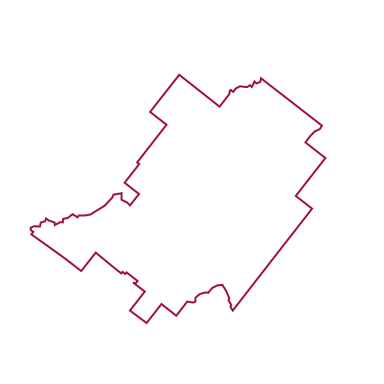 Cascade, Montana, United States of America (Natural Earth projection), rotated 128°
{"feature_id": "52423323B67185663060942", "entity_name": "Cascade", "entity_type": "district", "adm_level": 2, "iso_a3": "USA", "parent_name": "United States of America", "parent_adm1": "Montana", "projection": "natural_earth1", "projection_center": [-111.168, 47.258], "detail": "fine", "context": "isolated", "style": "outline", "palette": "rose", "viewbox_px": 384, "rotation_deg": 128, "n_neighbors": 0, "source": "geoboundaries", "source_scale": "gbopen_adm2", "svg_char_len": 1279}
<svg xmlns="http://www.w3.org/2000/svg" viewBox="0 0 384 384"><g transform="rotate(128 192 192)"><path d="M132.3,274.3L154.7,274.3L154.7,253.5L202.4,253.4L202.4,250.8L226.2,250.8L226.2,232.5L240.8,232.6L240.2,236.3L241.5,242.8L236.3,246.7L242.4,252.2L245.6,251.4L256.6,252.4L272.3,258.2L276.3,261.8L280.3,266.8L282.4,266.5L283.0,272.4L288.8,273.9L292.6,277.0L295.4,275.1L296.7,277.1L302.4,279.8L300.6,281.6L302.6,287.2L302.7,290.7L305.6,289.8L309.2,292.3L312.8,290.6L316.3,295.5L319.5,297.1L321.2,295.7L321.2,292.5L324.3,292.5L323.4,271.8L322.6,251.0L322.5,230.7L299.0,230.5L299.6,209.7L299.7,197.6L297.7,197.6L297.7,194.1L295.7,194.1L295.6,180.1L298.6,180.1L299.6,182.7L299.5,167.9L323.6,167.9L323.4,154.2L323.2,147.1L299.1,147.1L299.2,128.2L281.3,128.3L278.4,123.0L276.4,121.8L273.1,124.2L267.5,123.0L262.4,119.1L261.5,117.2L255.4,117.0L250.2,114.7L246.5,110.9L248.9,104.2L252.8,97.3L254.8,96.5L256.8,91.6L258.9,90.9L260.3,86.9L179.4,87.1L135.1,87.1L131.2,87.2L131.2,107.8L83.1,107.8L83.1,133.1L75.7,133.3L68.7,132.6L63.7,130.0L59.7,130.5L59.9,207.6L63.4,206.0L66.8,208.1L66.4,210.8L72.5,209.6L72.2,212.1L75.5,213.2L79.2,219.3L83.3,221.2L87.8,221.2L87.7,224.2L88.7,224.6L91.8,222.9L107.8,222.8L107.5,274.2L132.3,274.3Z" fill="none" stroke="#9f1239" stroke-width="2"/></g></svg>